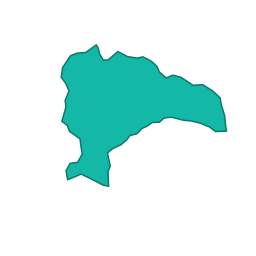 the district of Mjölby, Östergötland, Sweden, rotated 300°
{"feature_id": "70781695B90308748952791", "entity_name": "Mjölby", "entity_type": "district", "adm_level": 2, "iso_a3": "SWE", "parent_name": "Sweden", "parent_adm1": "Östergötland", "projection": "mercator", "projection_center": [15.167, 58.323], "detail": "fine", "context": "isolated", "style": "filled", "palette": "teal", "viewbox_px": 256, "rotation_deg": 300, "n_neighbors": 0, "source": "geoboundaries", "source_scale": "gbopen_adm2", "svg_char_len": 1001}
<svg xmlns="http://www.w3.org/2000/svg" viewBox="0 0 256 256"><g transform="rotate(300 128 128)"><path d="M67.9,140.3L72.6,137.3L80.5,132.4L86.3,131.6L91.2,127.1L96.1,122.7L102.3,124.9L109.8,130.2L117.3,132.9L122.2,133.3L127.5,138.6L134.6,140.4L139.0,143.5L144.8,146.2L148.8,152.4L154.6,154.2L159.0,159.9L162.5,172.3L165.6,179.0L168.3,187.8L169.6,198.0L168.7,205.6L174.0,214.0L174.6,214.8L179.4,210.9L186.5,206.0L194.4,197.6L200.2,192.7L202.4,183.0L202.9,171.0L197.5,163.0L198.4,148.4L196.2,140.4L190.4,136.0L192.2,127.1L195.8,122.2L197.5,114.7L197.1,105.4L193.1,101.0L189.6,91.7L189.1,81.0L176.7,76.6L174.5,72.6L178.0,66.4L182.9,61.5L184.0,58.9L183.8,58.9L172.3,53.6L167.4,46.5L161.6,42.0L147.5,41.2L138.6,44.7L135.5,51.8L130.6,58.4L120.4,59.8L115.1,63.8L106.2,66.0L100.7,67.4L100.0,73.8L95.8,79.2L94.6,91.9L88.1,96.8L82.7,101.3L73.1,101.6L68.5,95.6L60.3,95.6L56.0,99.0L53.1,101.6L59.8,106.9L64.7,110.4L65.4,121.5L66.1,135.3L67.9,140.3Z" fill="#14b8a6" stroke="#0f766e" stroke-width="1.5"/></g></svg>